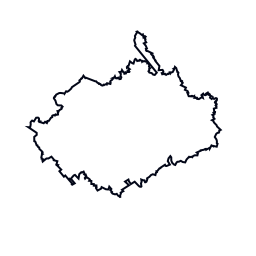 Castillo de Teayo, Veracruz, Mexico (orthographic projection), rotated 49°
{"feature_id": "50627088B5982554369070", "entity_name": "Castillo de Teayo", "entity_type": "district", "adm_level": 2, "iso_a3": "MEX", "parent_name": "Mexico", "parent_adm1": "Veracruz", "projection": "orthographic", "projection_center": [-97.687, 20.732], "detail": "fine", "context": "isolated", "style": "outline", "palette": "ink", "viewbox_px": 256, "rotation_deg": 49, "n_neighbors": 0, "source": "geoboundaries", "source_scale": "gbopen_adm2", "svg_char_len": 5698}
<svg xmlns="http://www.w3.org/2000/svg" viewBox="0 0 256 256"><g transform="rotate(49 128 128)"><path d="M97.4,214.4L97.5,209.6L98.8,208.0L99.4,204.6L103.5,204.7L103.7,205.1L106.7,203.1L108.4,205.7L109.4,205.3L109.2,205.8L109.7,205.7L109.7,206.0L110.3,205.7L110.4,206.0L115.6,205.7L115.6,208.1L122.7,208.3L122.7,206.5L128.2,206.6L128.0,205.8L128.8,205.9L128.9,206.6L133.6,206.6L133.6,207.3L134.2,207.3L134.8,204.5L128.8,204.4L128.2,200.1L128.6,198.8L133.7,198.5L130.9,195.1L130.7,192.4L131.0,191.9L131.5,191.9L131.8,190.1L133.8,190.7L134.1,191.5L135.7,191.1L135.7,190.6L136.8,191.0L137.4,193.4L138.1,193.6L137.9,191.5L141.3,190.6L142.0,190.7L142.4,191.9L143.9,190.4L146.2,192.4L147.9,190.6L149.0,191.6L149.8,190.4L150.2,190.6L150.7,189.6L152.1,190.6L151.9,191.2L152.3,191.6L155.2,192.0L156.1,188.2L155.3,186.7L159.7,184.9L161.4,183.3L161.5,183.0L160.0,180.6L163.1,180.6L163.4,182.1L165.7,182.0L165.8,182.7L167.4,182.7L169.6,181.3L170.3,179.7L172.4,179.9L174.7,179.2L175.6,179.6L173.7,178.1L172.6,176.1L172.0,175.9L172.6,173.0L170.7,173.1L171.9,164.8L166.5,165.4L167.2,161.5L169.0,162.3L172.2,162.6L172.9,158.2L178.6,157.9L179.8,157.7L180.9,156.8L180.9,156.2L178.3,154.5L177.5,153.0L175.6,151.8L177.6,150.7L178.3,149.9L180.1,150.7L180.5,150.3L180.6,149.3L180.2,148.5L179.3,147.0L178.5,146.6L178.9,143.7L178.6,141.6L179.2,139.6L181.5,138.2L180.1,136.3L180.3,135.2L179.3,134.9L179.7,134.1L179.1,130.7L179.6,129.9L179.3,129.4L180.0,124.2L181.2,124.5L182.0,123.8L183.1,120.4L179.1,119.7L177.5,117.3L177.0,114.5L178.5,114.6L181.0,116.7L183.3,117.5L185.9,117.2L186.9,116.6L185.9,114.0L185.9,112.9L186.8,111.7L187.4,109.7L189.6,109.0L191.5,107.4L190.2,104.5L189.8,100.8L190.5,100.6L191.3,99.0L192.2,98.7L191.9,97.2L192.4,95.5L194.2,93.6L193.1,92.0L191.6,92.2L192.9,87.9L192.6,87.7L194.2,85.0L194.5,83.4L194.9,82.9L195.7,83.3L196.5,79.4L197.2,79.8L195.9,76.4L197.8,75.6L197.6,75.3L200.3,73.3L198.6,70.7L197.7,70.9L196.2,69.5L194.7,68.8L191.7,68.4L190.3,65.2L190.4,63.5L191.1,62.6L190.7,61.6L189.8,60.8L190.2,59.3L185.3,59.8L184.0,59.3L180.1,59.5L178.8,58.9L177.2,59.5L177.8,56.7L175.7,56.6L175.0,55.5L173.5,55.7L174.1,53.4L172.6,53.3L173.2,52.0L173.0,51.8L172.4,52.3L169.7,50.5L170.8,48.0L169.9,47.6L169.9,47.2L169.3,46.8L168.5,47.0L168.2,45.4L167.2,45.3L167.1,45.8L165.7,45.6L165.6,45.3L166.1,45.0L165.9,44.3L165.3,44.4L165.2,42.5L164.1,41.6L163.1,42.0L162.5,44.0L160.9,44.2L161.0,45.8L158.9,46.2L158.1,44.8L158.4,44.3L156.7,45.0L156.3,44.2L155.3,44.4L155.3,45.0L153.6,44.5L153.3,46.5L154.4,46.7L153.9,48.2L152.7,48.9L151.4,48.7L151.4,51.0L153.1,51.1L154.3,51.7L153.2,52.0L152.7,55.5L151.9,56.3L150.9,56.1L150.9,56.8L149.5,56.8L149.6,57.3L149.3,57.6L149.3,57.3L147.8,57.7L147.3,57.2L147.2,57.8L145.7,58.6L145.3,59.4L145.6,59.5L143.8,61.3L140.4,60.1L140.9,59.3L139.2,58.8L136.5,60.0L135.5,57.8L130.4,60.0L130.0,57.6L129.4,57.4L129.5,57.0L128.5,56.8L127.7,57.2L127.6,56.6L126.7,57.1L124.1,56.1L122.3,56.1L120.2,55.0L119.4,53.7L118.0,53.6L117.9,53.9L114.4,52.3L112.7,52.5L113.4,53.5L113.2,54.7L113.8,54.5L114.2,55.1L115.1,57.6L114.3,59.2L114.5,59.8L113.8,59.5L113.2,60.2L114.0,61.2L113.7,62.2L113.2,62.4L112.9,64.4L111.4,64.5L111.2,65.2L110.7,65.1L109.8,65.6L110.3,66.0L109.9,66.9L108.7,66.5L109.2,65.3L108.4,64.1L106.8,63.8L104.5,66.9L101.8,63.6L95.8,63.4L95.0,63.3L95.0,62.9L91.5,62.8L91.5,61.9L90.0,61.6L90.0,62.0L87.4,62.0L87.5,60.7L83.0,62.6L82.0,63.5L80.9,63.3L80.6,62.5L80.0,62.4L80.3,61.5L77.5,60.6L74.5,60.5L75.3,58.1L73.7,57.8L72.1,56.8L72.2,56.5L71.3,56.3L70.8,56.0L70.7,54.8L69.7,55.0L69.8,56.9L67.1,55.4L66.9,56.5L63.6,57.1L62.8,57.6L61.4,57.5L61.1,58.1L61.6,58.1L63.1,62.4L64.6,63.3L65.4,65.1L66.1,65.9L70.0,67.6L70.5,68.8L105.1,70.0L105.5,73.0L104.2,74.0L102.1,74.1L100.2,75.5L98.6,75.3L98.5,74.2L97.3,73.3L97.3,72.2L96.9,72.5L96.7,72.1L95.3,71.8L94.6,70.7L94.1,70.5L92.6,70.3L92.0,70.9L91.8,70.3L90.9,70.2L88.1,71.9L88.0,72.5L87.3,72.9L87.3,73.9L86.3,73.4L85.3,74.1L84.5,74.1L84.2,74.5L84.5,75.7L83.8,76.2L83.5,77.1L81.5,76.8L80.7,77.1L80.9,78.2L83.0,81.6L82.1,82.2L79.0,82.8L81.4,86.7L81.0,87.5L81.3,88.9L81.9,89.3L82.1,88.5L84.7,88.1L84.5,89.0L85.0,89.5L84.8,89.8L85.7,89.9L85.1,90.7L86.1,90.8L85.2,91.9L85.0,93.0L84.6,93.2L85.4,93.8L84.7,95.1L83.8,94.5L83.1,94.9L80.3,94.5L81.2,96.0L80.2,97.7L82.5,97.9L84.0,99.6L85.3,99.7L86.2,101.4L85.5,102.4L83.9,101.8L83.3,103.0L83.7,103.2L82.7,104.4L81.7,104.5L80.4,104.0L80.8,105.1L80.4,106.5L80.9,106.1L81.1,106.4L80.8,107.0L81.2,108.2L81.0,110.1L81.5,111.2L82.5,111.4L83.2,112.4L80.5,114.4L81.3,115.5L80.2,116.3L79.9,118.0L79.3,118.1L79.3,119.3L78.7,119.8L77.5,120.2L76.8,120.0L76.0,120.7L75.9,120.4L75.4,120.5L73.8,121.4L71.9,121.4L71.4,122.0L62.4,126.8L62.3,127.5L59.3,127.3L60.1,129.6L60.0,130.5L60.3,130.5L60.2,133.4L61.1,133.6L61.5,134.4L60.4,143.6L61.0,145.0L61.1,148.5L60.8,150.0L59.7,150.6L60.5,153.5L60.1,153.4L57.3,155.9L56.5,157.0L55.7,160.3L56.5,162.3L56.1,162.4L56.5,164.0L57.0,164.5L59.7,164.8L63.0,166.3L64.8,166.1L67.3,163.5L69.0,163.4L69.1,165.0L69.8,165.2L70.0,165.7L69.5,167.9L69.8,168.8L69.0,170.1L70.6,170.6L70.6,171.1L71.9,172.0L71.2,173.3L70.2,173.8L70.6,175.0L69.7,175.4L69.1,176.7L69.1,177.2L70.1,178.1L69.7,179.4L70.7,183.0L69.9,184.1L70.1,184.7L69.7,185.5L70.8,185.3L71.1,186.0L68.9,186.6L69.1,188.5L66.5,190.1L65.7,189.7L65.3,191.0L64.2,190.9L63.3,189.6L62.3,188.9L61.1,189.1L60.0,190.6L61.3,194.7L59.5,195.5L59.6,197.2L59.9,197.9L61.5,199.1L63.0,201.0L62.7,202.0L62.0,202.7L71.7,200.1L73.3,201.4L73.2,204.6L76.5,207.4L77.4,206.9L78.1,207.1L81.1,208.3L81.7,208.1L81.0,207.5L83.1,208.3L84.4,207.8L85.6,208.6L89.8,208.2L90.2,208.4L90.0,208.8L90.5,209.4L90.9,209.3L91.2,209.9L91.7,209.7L91.6,210.4L93.3,212.7L93.9,212.7L94.5,213.4L96.1,212.5L96.5,214.0L97.4,214.4Z" fill="none" stroke="#020617" stroke-width="2"/></g></svg>